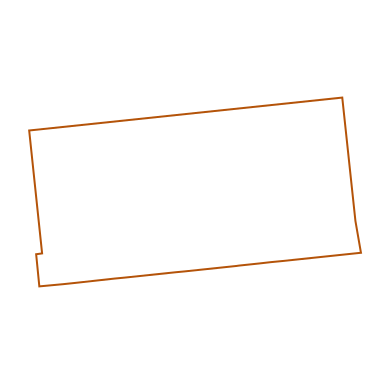 Deuel, Nebraska, United States of America (Natural Earth projection), rotated 354°
{"feature_id": "52423323B45543435698504", "entity_name": "Deuel", "entity_type": "district", "adm_level": 2, "iso_a3": "USA", "parent_name": "United States of America", "parent_adm1": "Nebraska", "projection": "natural_earth1", "projection_center": [-102.339, 41.112], "detail": "fine", "context": "isolated", "style": "outline", "palette": "amber", "viewbox_px": 384, "rotation_deg": 354, "n_neighbors": 0, "source": "geoboundaries", "source_scale": "gbopen_adm2", "svg_char_len": 506}
<svg xmlns="http://www.w3.org/2000/svg" viewBox="0 0 384 384"><g transform="rotate(354 192 192)"><path d="M351.3,113.8L36.5,113.8L36.5,237.4L30.5,237.6L30.3,269.9L54.4,270.2L56.1,270.2L61.6,270.2L66.8,270.2L105.9,270.0L115.8,270.1L116.6,270.1L167.5,270.1L176.3,270.2L216.7,270.2L216.8,270.2L217.6,270.2L228.5,270.2L230.9,270.1L251.3,270.1L262.5,270.0L264.1,270.0L274.4,270.1L312.1,270.1L342.9,270.1L353.7,270.1L353.6,269.0L351.5,237.9L351.3,113.8Z" fill="none" stroke="#b45309" stroke-width="2"/></g></svg>